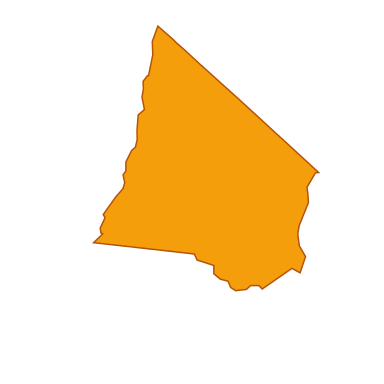 Chesterfield, South Carolina, United States of America, rotated 41°
{"feature_id": "52423323B78786867018867", "entity_name": "Chesterfield", "entity_type": "district", "adm_level": 2, "iso_a3": "USA", "parent_name": "United States of America", "parent_adm1": "South Carolina", "projection": "equal_earth", "projection_center": [-80.194, 34.592], "detail": "fine", "context": "isolated", "style": "filled", "palette": "amber", "viewbox_px": 384, "rotation_deg": 41, "n_neighbors": 0, "source": "geoboundaries", "source_scale": "gbopen_adm2", "svg_char_len": 1097}
<svg xmlns="http://www.w3.org/2000/svg" viewBox="0 0 384 384"><g transform="rotate(41 192 192)"><path d="M308.6,219.2L317.5,184.1L326.6,182.1L320.1,166.3L308.3,162.2L299.9,154.8L298.4,152.8L294.9,146.9L286.8,123.6L281.1,117.8L275.7,113.0L272.6,96.6L274.8,94.2L249.9,93.5L245.5,93.4L240.7,93.2L235.4,93.1L225.1,92.8L223.6,92.8L216.5,92.6L216.1,92.6L205.1,92.3L195.5,92.0L171.3,91.4L169.8,91.3L152.8,91.0L145.6,90.9L140.1,90.8L130.0,90.6L112.9,90.3L107.1,90.1L106.6,90.1L106.2,90.1L104.0,90.0L101.0,89.9L96.2,89.8L95.2,89.7L83.7,89.6L81.4,89.6L78.7,89.3L57.5,89.2L57.4,89.2L63.3,104.5L72.4,114.2L82.8,132.6L82.1,133.5L82.5,140.6L87.8,146.2L92.0,153.2L102.0,161.0L100.8,169.1L110.0,181.5L116.3,188.5L119.9,195.3L119.2,200.2L122.3,212.5L128.3,219.6L128.7,224.2L135.2,229.2L137.7,234.8L137.7,246.0L139.8,267.3L143.2,268.3L146.4,279.4L150.1,282.7L152.1,282.2L151.0,294.8L197.2,262.9L223.9,244.5L234.4,237.3L240.6,240.0L256.7,233.1L262.1,239.4L270.6,239.2L277.7,235.7L283.8,238.7L289.7,237.8L297.0,229.8L297.6,224.2L303.9,218.7L308.6,219.2Z" fill="#f59e0b" stroke="#b45309" stroke-width="1.5"/></g></svg>